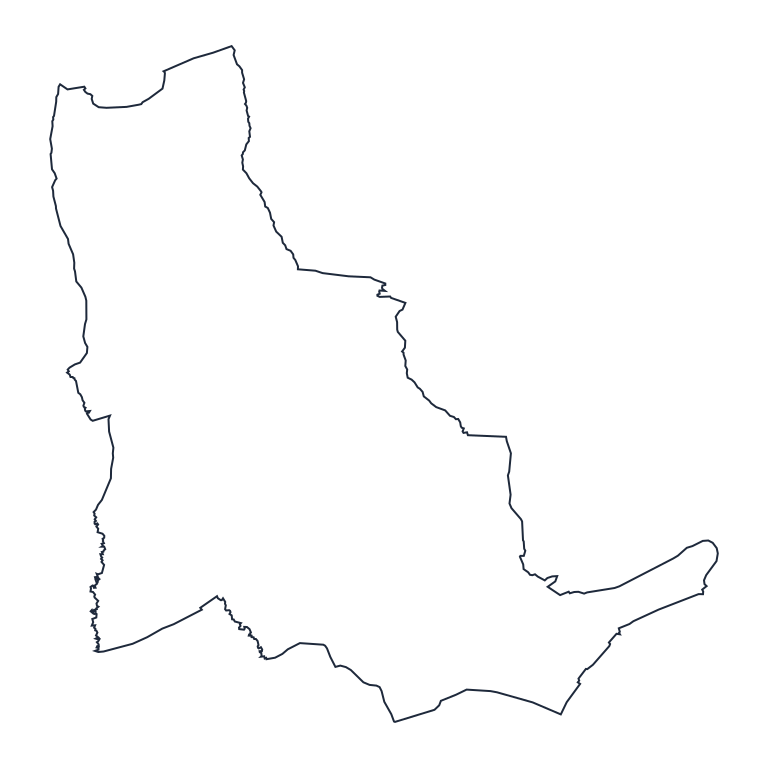 outline of Ghioroiu, Vâlcea, Romania
{"feature_id": "2599482B90702862990057", "entity_name": "Ghioroiu", "entity_type": "district", "adm_level": 2, "iso_a3": "ROU", "parent_name": "Romania", "parent_adm1": "Vâlcea", "projection": "equal_earth", "projection_center": [23.826, 44.687], "detail": "fine", "context": "isolated", "style": "outline", "palette": "slate", "viewbox_px": 768, "rotation_deg": 0, "n_neighbors": 0, "source": "geoboundaries", "source_scale": "gbopen_adm2", "svg_char_len": 5930}
<svg xmlns="http://www.w3.org/2000/svg" viewBox="0 0 768 768"><path d="M173.7,624.2L201.8,609.7L200.3,607.8L217.0,596.2L217.8,598.2L220.8,600.2L221.8,600.1L223.0,598.3L225.2,601.9L225.0,603.8L225.8,605.3L225.1,609.2L226.1,610.5L229.2,610.2L230.1,610.9L230.5,612.2L229.5,614.0L231.7,615.4L232.1,619.3L233.7,619.5L234.8,621.5L240.9,623.1L239.9,624.2L240.5,625.9L239.0,627.6L239.2,629.1L244.0,629.7L244.7,628.7L244.3,626.9L246.9,627.0L249.5,629.1L250.9,632.4L250.2,633.1L250.3,634.1L249.1,634.5L248.8,635.6L251.6,635.7L251.6,637.1L253.6,637.3L254.2,639.0L255.9,639.0L257.6,641.0L258.5,645.1L257.7,646.3L258.0,647.8L258.8,648.4L260.9,647.2L262.2,649.5L261.9,651.1L259.6,651.2L259.8,652.2L261.3,653.0L261.6,656.0L260.9,656.7L264.2,656.3L264.7,658.5L266.2,657.9L266.5,659.2L275.1,657.7L282.4,653.9L287.8,649.3L299.9,643.1L323.3,644.7L325.1,645.7L327.0,648.4L330.3,656.9L335.4,666.9L340.3,665.6L345.9,667.1L350.8,670.0L363.4,682.3L369.6,684.9L376.4,685.6L379.6,687.1L381.6,691.1L384.3,701.8L391.3,714.2L394.0,721.5L395.0,721.9L434.5,709.8L439.2,705.3L440.9,700.8L456.1,694.7L466.6,689.6L490.5,691.1L497.0,692.3L532.7,702.4L560.8,714.4L566.7,702.2L580.1,683.9L577.8,682.3L579.2,680.6L578.5,678.6L585.9,668.9L587.3,669.1L592.9,664.8L609.3,646.1L610.1,644.0L608.9,642.5L616.5,633.8L619.9,634.3L619.0,632.8L619.8,631.8L618.8,628.3L629.5,624.0L633.4,621.2L658.6,609.6L698.6,594.1L703.0,594.2L703.2,591.5L702.2,589.6L706.6,586.1L704.5,584.1L704.0,580.3L706.2,575.1L716.5,561.1L717.8,553.4L716.7,548.1L712.7,542.8L708.3,540.5L702.8,540.9L692.4,546.1L686.8,547.8L677.9,555.7L673.2,558.5L619.4,586.3L614.6,588.0L587.2,592.4L584.1,593.6L578.4,591.8L574.2,592.0L569.8,593.3L568.7,591.7L560.1,595.1L547.7,586.8L555.3,581.4L557.2,576.1L552.2,576.4L547.4,578.0L544.8,580.4L537.8,576.6L535.0,574.3L532.3,575.2L530.0,574.8L528.2,572.3L523.6,569.1L523.2,564.4L519.9,556.7L520.4,555.9L523.8,555.9L525.3,550.7L524.2,548.8L523.7,541.4L523.0,540.3L522.1,521.4L520.9,519.1L511.5,508.2L509.5,503.5L510.6,494.7L507.9,475.4L509.2,471.6L510.9,453.3L506.8,441.2L506.0,436.8L467.9,435.2L467.0,432.3L463.5,432.9L462.6,431.4L463.8,428.4L461.7,427.7L460.8,426.2L460.2,422.4L458.2,419.0L455.9,419.2L453.9,417.0L450.0,415.8L445.2,410.4L436.2,407.1L431.2,403.3L429.2,400.6L423.8,396.4L422.6,391.9L419.9,388.8L417.7,387.4L414.5,382.3L411.6,379.6L407.7,377.7L406.8,373.2L407.2,369.5L405.3,366.0L405.7,360.5L403.6,354.7L403.5,352.6L402.1,351.5L404.9,347.7L405.3,340.7L397.8,331.9L397.2,329.6L397.1,322.1L395.7,316.7L399.6,311.0L402.5,309.6L405.4,302.9L391.1,297.9L390.1,296.5L379.7,296.9L377.4,295.8L377.4,294.7L379.7,293.7L379.2,291.6L379.5,290.5L385.0,290.9L382.4,288.9L382.0,287.8L382.4,285.6L385.3,285.0L385.3,283.5L374.3,279.6L370.5,277.3L348.6,276.3L322.6,273.1L315.4,270.7L297.9,269.3L298.0,266.3L295.3,260.0L293.5,257.8L293.2,254.4L290.6,250.8L286.5,249.1L285.2,245.3L282.8,242.8L281.6,236.8L276.2,231.6L273.5,225.5L274.1,222.2L271.2,218.9L270.0,212.7L267.8,208.0L265.2,206.5L264.6,202.0L260.3,194.8L261.5,192.4L261.3,191.7L257.3,186.6L253.0,183.2L249.2,178.3L246.4,173.2L242.9,169.6L243.1,166.4L242.3,162.7L242.9,159.5L241.7,155.4L242.8,154.1L243.0,152.3L244.8,150.4L246.3,144.4L248.9,141.1L248.7,138.0L250.0,136.8L249.3,131.3L250.6,128.2L249.5,125.8L249.3,123.2L248.3,121.8L248.0,118.7L249.1,116.6L248.1,116.0L246.6,110.5L247.2,107.8L246.4,105.6L245.0,104.0L245.9,102.8L246.2,101.1L243.9,92.5L244.2,91.0L243.6,89.6L244.8,87.3L243.0,82.9L244.1,79.3L242.1,72.7L242.1,70.1L239.4,66.3L237.0,64.3L233.6,55.0L234.7,50.3L231.6,46.1L213.1,52.7L193.6,58.3L163.6,71.3L164.7,72.3L164.9,73.5L164.3,80.4L162.5,88.6L148.7,98.8L142.6,102.2L141.3,104.1L138.8,104.7L126.5,106.9L106.5,107.8L98.7,107.2L93.2,103.6L91.7,98.9L92.3,95.9L90.4,94.2L87.5,93.6L85.3,91.9L83.9,89.8L85.4,88.4L84.3,86.7L67.5,89.4L60.1,84.3L58.6,86.8L58.1,94.0L56.3,97.1L56.2,101.7L54.0,115.9L53.1,117.1L53.3,119.6L52.3,121.2L52.6,126.2L50.2,139.1L51.9,148.7L51.4,152.8L50.6,154.0L52.0,169.3L54.7,173.2L56.6,178.6L55.2,180.2L52.1,187.1L53.1,190.8L53.4,196.5L55.9,206.1L56.0,208.5L60.5,226.0L68.0,239.0L68.6,243.8L73.1,254.3L74.3,262.7L74.1,268.6L75.0,271.4L76.3,281.5L81.4,287.6L85.4,296.8L86.3,300.7L86.4,319.4L85.0,324.1L83.3,336.4L85.1,343.0L87.4,346.9L86.9,353.0L80.1,362.6L74.9,364.4L69.6,367.6L67.7,369.6L68.8,371.3L67.1,372.6L69.7,374.6L70.5,377.0L72.7,377.0L73.4,378.1L74.4,378.2L74.7,379.6L76.0,381.0L78.3,392.8L80.3,394.3L81.9,397.2L82.6,400.3L84.4,402.8L83.4,405.7L83.8,406.8L85.5,407.8L84.8,408.6L85.2,410.6L85.8,411.4L89.9,411.0L88.9,412.7L87.2,412.9L86.9,413.6L90.6,419.5L92.7,420.8L110.0,415.6L108.5,419.2L109.1,431.6L113.4,447.7L112.8,453.4L113.2,457.7L111.1,468.9L110.9,478.3L101.9,499.9L98.0,504.9L96.0,509.6L93.6,512.1L94.6,513.6L94.2,515.5L96.2,517.3L94.7,519.3L95.9,520.9L94.6,521.7L94.6,523.6L95.3,524.3L97.3,523.4L98.1,524.5L96.4,526.6L98.2,528.7L97.6,532.2L102.5,533.7L104.3,535.8L104.2,537.7L102.6,538.9L103.2,540.0L102.8,541.0L103.9,543.2L101.7,543.8L103.0,545.9L101.7,546.7L104.2,546.7L105.2,549.2L103.7,550.5L103.4,551.7L101.9,552.0L102.8,554.2L100.4,554.2L101.2,556.6L102.2,557.6L101.1,558.9L102.6,560.3L101.5,561.9L104.1,564.9L101.9,573.0L98.0,574.3L96.7,573.8L97.8,576.8L95.0,577.2L95.6,579.2L98.7,578.4L99.4,579.1L98.0,580.2L97.7,581.8L96.0,580.9L97.0,583.7L94.7,585.6L95.5,587.7L93.9,587.8L93.3,585.7L92.6,585.5L90.5,587.0L91.0,588.5L90.5,591.5L93.0,592.0L95.1,594.6L94.3,596.3L94.6,597.5L98.2,600.9L96.5,603.5L97.0,605.9L98.4,606.7L96.3,608.4L96.7,609.2L95.1,609.7L95.5,611.2L93.8,611.7L93.5,610.4L92.4,611.4L91.9,610.0L90.7,611.3L93.5,613.7L94.7,614.0L95.9,613.2L96.6,614.0L96.3,617.5L92.3,619.0L93.2,622.2L91.8,625.6L95.1,625.3L94.1,627.7L95.4,628.8L95.2,630.3L96.4,630.7L97.4,632.6L96.0,635.5L98.2,637.3L95.7,638.6L97.3,639.1L98.9,638.4L99.6,638.9L98.1,641.4L96.9,642.2L98.6,644.3L98.8,646.2L97.3,646.1L96.6,647.5L98.5,648.0L98.5,649.6L95.0,650.9L98.3,652.0L103.6,651.5L132.6,643.8L147.2,637.2L162.3,628.6L173.7,624.2Z" fill="none" stroke="#1e293b" stroke-width="2"/></svg>